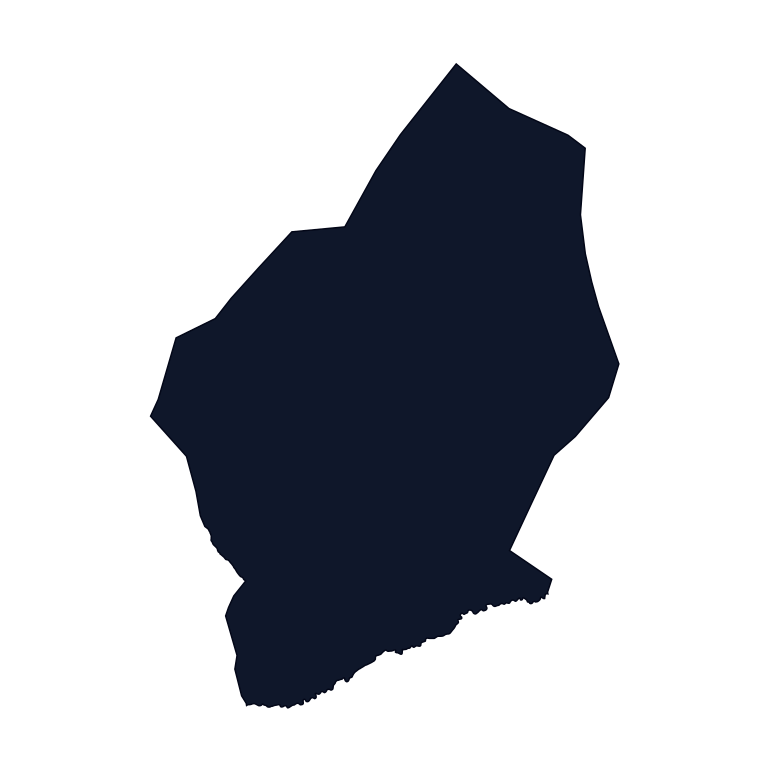 outline of Batnorov, Hentiy, Mongolia, rotated 351°
{"feature_id": "93677404B39915453177701", "entity_name": "Batnorov", "entity_type": "district", "adm_level": 2, "iso_a3": "MNG", "parent_name": "Mongolia", "parent_adm1": "Hentiy", "projection": "natural_earth1", "projection_center": [111.332, 47.986], "detail": "fine", "context": "isolated", "style": "filled", "palette": "ink", "viewbox_px": 768, "rotation_deg": 351, "n_neighbors": 0, "source": "geoboundaries", "source_scale": "gbopen_adm2", "svg_char_len": 6158}
<svg xmlns="http://www.w3.org/2000/svg" viewBox="0 0 768 768"><g transform="rotate(351 384 384)"><path d="M605.1,315.6L603.2,286.9L604.5,247.6L619.6,182.6L604.7,167.1L550.5,131.5L505.4,79.2L482.1,100.7L439.4,140.1L409.4,172.0L369.9,222.7L316.8,219.3L278.8,249.3L246.4,275.5L227.6,293.0L185.9,305.9L158.6,363.9L151.7,374.3L148.4,379.3L177.6,424.5L181.5,460.7L182.0,485.4L184.8,496.7L187.5,499.5L188.0,500.6L188.4,502.0L188.9,503.1L189.0,504.2L189.3,504.9L189.4,505.9L189.6,506.4L189.6,507.6L189.4,508.4L189.2,509.6L188.8,511.0L188.8,511.7L189.2,512.4L189.6,513.3L190.1,515.4L190.6,516.3L192.6,518.9L193.3,520.0L193.6,520.8L193.6,521.9L193.8,522.9L194.1,523.9L194.8,524.5L195.3,525.1L195.5,525.6L195.6,526.3L195.8,526.4L198.8,529.9L200.1,532.2L200.6,532.7L202.1,533.2L202.4,533.4L203.0,534.1L203.6,534.7L204.2,536.1L205.4,537.9L205.7,538.5L206.1,539.3L206.5,539.9L206.8,540.9L207.0,541.6L207.4,542.4L208.2,543.7L209.0,545.9L209.5,547.1L210.3,548.6L211.0,549.9L211.7,551.0L212.2,551.7L214.0,552.9L214.3,553.3L214.8,554.8L215.2,555.5L216.0,556.2L216.3,556.8L216.5,557.0L202.5,569.8L195.5,580.4L191.3,588.3L196.4,629.1L192.1,642.3L194.6,669.7L198.0,677.8L198.0,680.0L199.0,679.6L199.7,679.5L201.2,679.7L202.8,679.6L203.6,679.4L204.4,679.3L205.6,679.3L206.4,679.6L207.1,680.0L209.9,682.1L210.9,682.3L211.7,682.3L212.2,682.2L212.7,682.0L213.9,681.0L214.2,681.0L214.3,681.2L214.5,681.6L215.2,682.2L217.6,683.3L218.0,683.6L217.9,684.0L218.4,684.6L219.7,685.1L220.8,685.2L222.3,684.7L223.1,684.8L224.3,684.6L225.6,684.3L227.7,684.3L229.5,684.2L230.2,684.3L230.9,684.6L231.1,685.6L231.5,686.5L232.0,686.9L232.8,687.0L233.7,686.9L234.9,686.4L235.7,686.3L236.6,686.4L237.2,686.8L237.5,687.4L237.7,688.1L238.0,688.6L238.3,688.8L238.8,688.8L239.7,688.6L243.0,687.1L243.5,687.0L245.4,686.9L246.0,686.5L246.9,686.1L247.8,685.8L248.7,685.8L249.5,686.1L250.2,686.6L251.0,687.6L251.5,687.8L252.6,687.8L253.4,687.7L253.9,687.4L254.3,686.8L254.4,686.1L254.5,684.1L254.7,683.6L255.1,683.2L255.5,683.0L255.9,682.9L256.3,683.0L256.7,683.3L257.3,684.9L257.6,685.4L258.1,685.6L258.9,685.8L259.5,685.7L260.4,685.2L261.7,683.9L262.4,683.1L263.5,682.6L264.1,682.6L264.7,682.7L266.3,683.9L267.2,683.7L267.8,683.1L268.0,682.7L268.1,681.6L268.0,680.3L267.7,679.6L267.7,679.1L267.8,679.0L268.4,678.9L270.2,679.9L270.8,680.1L271.6,680.1L272.1,679.8L272.9,679.2L273.5,678.4L274.0,678.1L274.5,678.0L274.8,678.1L275.7,678.4L276.7,679.4L277.1,679.5L277.7,679.3L278.3,679.0L279.1,678.2L279.7,677.3L280.4,676.9L281.1,676.8L281.8,676.9L282.6,677.2L283.3,677.7L283.7,678.0L284.2,678.0L284.9,677.8L285.6,677.4L286.0,676.6L286.8,673.8L287.7,673.0L288.9,671.9L289.4,670.9L290.2,670.1L290.8,669.6L291.3,669.5L293.0,669.4L294.3,669.1L296.4,668.9L296.9,668.7L297.8,668.1L298.2,668.0L298.7,668.0L299.0,668.4L299.1,669.9L299.4,671.1L299.9,671.7L300.5,672.2L301.4,672.2L302.2,671.8L302.8,671.1L303.7,669.5L304.0,669.1L304.3,669.0L306.0,668.6L306.7,668.3L307.3,667.2L308.8,665.3L309.8,664.4L310.9,663.6L311.8,663.2L313.9,662.0L314.8,661.6L315.6,661.4L316.7,660.9L319.2,659.9L321.6,658.8L322.8,658.7L326.1,657.7L328.3,657.0L329.9,656.3L330.5,656.2L332.0,655.0L332.4,654.4L332.8,652.5L333.1,652.0L333.6,651.3L334.1,651.1L335.7,651.0L337.9,650.6L338.9,650.2L340.6,648.8L342.9,647.4L343.7,647.1L344.2,647.1L344.6,647.3L345.0,647.8L345.7,648.4L346.7,648.7L348.0,648.7L349.7,648.9L351.2,648.7L352.2,648.5L353.2,648.3L353.6,648.4L353.8,648.6L353.9,649.1L353.8,649.6L353.4,650.2L353.4,650.7L353.8,651.0L354.3,651.3L355.5,651.6L356.5,652.2L357.9,653.3L358.7,653.6L359.4,653.4L359.8,652.8L360.3,650.6L360.5,650.3L360.6,649.9L360.5,649.6L360.4,649.4L360.6,649.1L361.7,649.4L364.3,649.5L365.0,649.3L366.2,648.8L367.7,648.9L368.2,648.8L370.0,647.2L370.5,647.1L370.9,647.2L371.3,647.9L371.7,648.4L372.0,648.6L372.8,648.6L374.3,647.8L374.9,647.7L375.5,647.7L376.9,648.2L377.9,648.5L378.6,648.5L379.0,648.3L379.4,647.9L379.9,646.1L380.2,645.6L380.8,645.2L381.5,645.0L383.4,644.7L384.6,644.4L384.8,644.0L384.9,643.3L385.0,642.8L385.6,642.2L386.5,641.7L387.0,641.7L389.2,642.4L392.3,642.9L393.8,643.1L395.0,642.7L396.6,641.9L397.7,641.6L398.7,641.7L401.3,642.1L402.7,642.1L403.7,641.8L405.2,641.1L406.1,640.9L407.2,640.8L407.9,640.9L408.9,640.9L409.8,640.7L410.7,640.1L412.8,638.1L414.9,636.3L415.8,635.3L417.3,633.2L418.7,632.4L419.6,631.8L420.0,631.4L420.2,630.9L420.2,630.1L420.0,629.2L420.0,628.7L420.2,628.4L420.7,628.2L422.9,628.1L423.6,628.0L424.0,627.7L424.2,627.2L424.2,626.4L423.2,625.1L423.1,624.4L423.3,623.9L423.7,623.3L424.9,622.6L425.4,622.6L426.8,623.9L427.2,624.0L427.5,623.9L428.2,623.6L429.7,623.2L430.6,622.9L430.9,622.5L431.5,621.2L431.8,620.8L432.2,620.7L432.7,620.6L433.5,620.7L434.4,621.0L435.2,621.5L435.9,622.6L436.6,624.4L437.3,625.0L437.9,625.3L438.6,625.4L439.2,625.2L441.2,624.1L442.3,623.2L444.1,622.1L444.6,622.0L445.3,622.3L446.4,623.4L447.1,623.6L449.0,623.3L449.9,622.7L450.4,622.1L450.6,621.4L450.5,620.5L450.1,619.6L450.0,619.0L450.3,618.5L450.7,618.1L451.3,617.8L452.0,617.8L455.0,617.9L455.6,618.1L456.4,618.8L456.9,619.7L457.3,620.2L458.0,620.8L458.9,621.0L459.8,620.9L460.7,620.6L462.8,620.5L464.7,619.3L465.4,619.2L466.7,619.4L467.6,620.0L468.2,620.3L468.7,620.2L470.4,619.3L470.9,619.3L471.3,619.4L471.8,619.7L472.3,619.9L473.2,620.1L473.6,620.0L474.0,619.7L474.7,618.8L475.9,617.8L476.7,617.6L477.5,617.5L478.2,617.8L479.6,619.0L480.2,619.1L480.9,618.9L483.5,616.8L484.0,616.7L484.5,616.7L484.8,617.0L485.1,618.6L485.6,618.8L486.1,618.8L486.7,618.6L487.1,618.2L487.6,617.2L487.9,616.9L488.1,616.9L489.1,617.6L490.7,619.1L491.2,619.8L491.4,620.4L491.6,621.5L491.9,621.8L493.2,622.2L493.7,623.4L494.3,623.8L494.9,623.9L495.7,623.8L496.4,623.4L496.8,622.8L497.2,622.5L497.9,622.3L498.6,622.3L499.0,622.4L499.4,622.9L499.7,623.0L501.0,623.0L501.8,622.9L503.3,622.1L504.1,621.5L504.7,620.8L505.1,619.8L505.4,619.3L505.7,619.1L506.4,619.2L506.9,619.9L508.0,620.8L508.6,621.0L509.1,621.0L509.2,620.8L509.3,619.8L509.6,619.5L509.8,618.4L510.1,617.8L510.5,617.0L510.9,616.8L511.3,616.6L512.6,616.7L513.0,616.9L513.0,615.1L519.1,603.1L481.9,568.1L511.3,524.5L540.8,481.0L564.7,465.8L603.7,432.6L619.1,400.9L608.0,341.1L605.1,315.6Z" fill="#0f172a" stroke="#020617" stroke-width="1.5"/></g></svg>